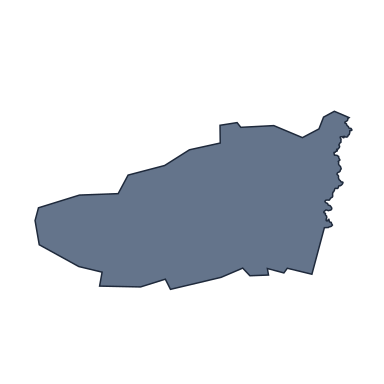 the district of Luakpiny/Nasir, Upper Nile, South Sudan, rotated 285°
{"feature_id": "79223893B70748738440916", "entity_name": "Luakpiny/Nasir", "entity_type": "district", "adm_level": 2, "iso_a3": "SSD", "parent_name": "South Sudan", "parent_adm1": "Upper Nile", "projection": "robinson", "projection_center": [33.401, 8.901], "detail": "fine", "context": "isolated", "style": "filled", "palette": "slate", "viewbox_px": 384, "rotation_deg": 285, "n_neighbors": 0, "source": "geoboundaries", "source_scale": "gbopen_adm2", "svg_char_len": 3462}
<svg xmlns="http://www.w3.org/2000/svg" viewBox="0 0 384 384"><g transform="rotate(285 192 192)"><path d="M193.0,332.9L193.7,333.4L194.0,333.9L194.4,334.7L194.9,335.4L195.7,335.9L196.4,336.2L196.9,335.7L197.7,334.9L198.3,334.6L198.7,334.3L198.7,333.6L198.7,332.7L199.3,332.1L199.9,331.9L200.5,331.6L201.0,331.3L200.8,330.8L200.4,330.6L199.8,330.6L199.3,330.4L199.0,329.9L199.1,329.2L199.6,328.8L200.4,328.7L201.1,328.7L202.2,328.8L203.1,328.4L203.6,328.2L204.1,327.2L204.6,326.7L205.2,326.5L205.7,326.5L206.0,326.1L206.1,325.6L206.2,324.8L206.8,324.5L207.5,324.7L208.1,325.1L208.6,325.6L209.3,326.0L209.4,326.5L209.4,327.3L209.3,328.0L209.3,328.7L209.7,329.2L210.0,329.8L210.4,330.6L210.8,331.0L211.4,331.3L212.2,331.3L213.0,330.9L213.5,330.3L214.0,329.7L214.6,328.8L214.6,328.1L214.6,327.1L215.0,326.6L215.7,326.2L216.1,325.7L216.1,324.6L216.6,323.5L217.1,322.9L217.8,322.9L218.7,323.4L219.1,324.3L219.4,325.5L219.6,326.6L220.3,327.0L221.3,327.3L222.2,327.7L222.8,328.3L223.4,328.9L224.0,329.0L224.7,328.9L226.1,328.4L227.4,328.2L228.2,328.2L228.8,328.7L229.6,328.9L230.4,329.1L231.3,329.1L232.1,329.1L232.6,329.4L232.8,330.1L232.9,331.3L233.5,332.0L234.6,332.2L235.5,332.1L235.9,332.3L236.2,332.9L236.4,333.6L237.1,334.3L238.0,334.9L239.0,335.3L240.0,335.4L240.4,335.3L240.6,334.7L240.4,333.9L240.4,333.4L240.9,332.8L241.4,332.3L241.6,331.6L242.0,330.9L242.6,330.5L243.2,330.0L243.8,329.7L244.5,329.6L245.3,329.4L245.8,328.9L246.1,328.5L246.4,327.7L246.9,327.4L247.5,327.4L248.2,327.6L248.7,328.0L249.0,328.3L249.4,329.0L249.8,329.3L250.6,329.7L251.5,329.6L252.3,329.9L253.0,330.1L253.7,329.6L254.4,329.3L255.0,328.8L255.9,327.4L256.5,326.6L257.2,326.2L257.9,326.2L258.6,326.0L259.2,325.4L259.5,325.4L260.2,326.0L260.8,326.5L261.2,326.5L261.7,326.3L262.1,325.6L262.6,325.3L263.2,324.8L263.9,324.6L264.3,324.4L264.5,323.5L264.9,322.8L264.8,321.8L264.7,321.0L264.5,320.6L264.5,320.1L264.8,319.8L265.3,319.7L266.1,319.2L266.6,319.0L267.0,319.0L267.3,319.7L267.7,320.2L268.2,320.3L268.7,320.6L268.8,321.1L269.0,321.5L269.4,321.6L269.7,321.6L269.9,321.2L270.4,320.8L270.8,320.9L270.9,321.3L271.2,321.9L272.2,322.4L273.2,322.8L274.1,322.8L274.5,322.7L275.0,322.1L275.5,321.7L276.3,321.9L277.3,322.1L277.8,322.3L278.4,322.9L278.8,323.0L279.3,322.8L280.1,322.5L280.8,322.5L281.5,322.3L282.1,321.9L282.7,321.1L283.2,321.0L283.6,321.0L284.0,321.6L284.1,322.3L284.4,322.8L284.2,323.2L283.7,323.7L283.6,324.2L283.7,324.4L283.9,324.7L284.5,324.5L285.0,324.3L285.2,324.7L285.1,325.2L284.9,326.1L285.1,327.2L285.6,327.9L286.0,328.1L286.8,328.1L287.4,328.3L287.9,328.8L288.2,329.0L288.9,329.0L289.6,329.0L290.2,329.0L290.8,328.9L291.5,328.6L291.9,328.5L292.2,328.7L292.4,329.2L292.4,329.6L292.9,330.3L293.3,330.4L293.7,330.1L294.2,329.6L294.6,328.9L294.4,328.5L294.4,328.0L294.4,327.2L294.8,326.6L295.5,326.3L295.9,325.5L296.3,324.7L296.8,324.1L297.6,323.7L298.0,323.2L298.0,322.6L298.3,321.8L298.9,321.6L299.4,321.8L299.9,322.4L300.5,322.9L300.9,323.4L301.6,323.7L302.4,323.7L303.0,323.5L303.5,323.6L303.8,324.0L304.5,324.5L306.8,308.6L298.4,299.7L285.8,298.3L273.1,284.6L277.3,253.8L267.1,222.4L270.7,217.6L263.7,201.8L246.6,206.6L232.1,178.6L210.5,158.7L191.8,125.9L171.3,121.1L159.9,84.1L137.0,47.8L123.8,47.8L101.5,58.1L90.7,101.9L91.3,125.9L77.2,127.1L87.0,166.9L100.9,188.8L92.4,196.4L117.1,242.2L131.6,260.7L126.1,269.6L131.6,287.4L137.6,284.6L137.6,301.7L143.0,303.8L143.6,329.1L191.8,329.1L193.0,332.9Z" fill="#64748b" stroke="#1e293b" stroke-width="1.5"/></g></svg>